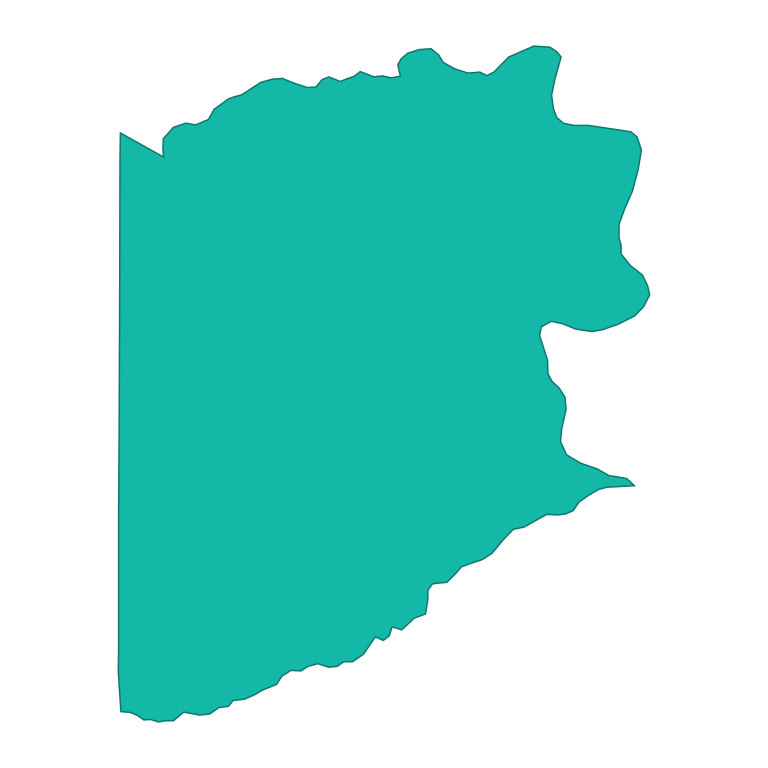 Sertanópolis, Paraná, Brazil (Albers equal-area conic projection)
{"feature_id": "56859067B4659320217934", "entity_name": "Sertanópolis", "entity_type": "district", "adm_level": 2, "iso_a3": "BRA", "parent_name": "Brazil", "parent_adm1": "Paraná", "projection": "albers", "projection_center": [-51.041, -23.067], "detail": "fine", "context": "isolated", "style": "filled", "palette": "teal", "viewbox_px": 768, "rotation_deg": 0, "n_neighbors": 0, "source": "geoboundaries", "source_scale": "gbopen_adm2", "svg_char_len": 1989}
<svg xmlns="http://www.w3.org/2000/svg" viewBox="0 0 768 768"><path d="M118.6,513.0L118.6,648.4L118.3,671.8L120.9,711.6L130.4,712.4L137.6,715.5L143.8,719.9L150.6,719.5L158.5,721.9L165.9,720.7L173.5,720.7L183.7,712.1L199.7,715.1L209.9,713.9L218.8,707.6L228.4,706.3L233.1,700.5L244.4,699.2L254.9,694.6L261.4,690.6L276.6,684.3L281.7,676.3L290.8,670.4L301.0,670.9L307.9,666.4L317.9,663.7L328.8,667.2L337.2,666.4L343.7,661.8L352.5,661.7L363.4,654.3L375.4,636.9L383.3,640.4L389.2,635.9L392.1,626.9L401.8,629.8L414.1,618.2L425.5,613.9L427.7,600.4L428.0,589.9L432.4,583.9L439.3,583.0L446.8,582.4L456.3,572.9L461.4,566.8L471.9,563.0L482.5,559.5L492.3,553.0L503.2,539.8L508.3,534.5L513.4,529.3L524.3,527.0L537.3,519.6L546.8,514.4L558.1,514.9L565.7,513.9L573.2,510.6L579.0,502.1L587.8,495.8L598.3,489.5L607.1,487.2L622.1,486.4L634.3,485.7L626.8,478.6L617.3,476.9L608.9,475.6L597.3,469.0L580.6,463.2L566.5,454.8L560.5,441.5L561.8,428.4L566.1,409.3L564.9,397.1L559.1,388.0L551.9,381.3L548.0,373.7L547.5,360.0L539.6,335.6L541.3,326.8L551.5,321.3L562.4,323.7L575.9,329.1L592.0,331.6L602.9,329.6L618.5,324.1L634.8,315.8L643.6,306.7L649.7,294.8L647.6,285.8L642.5,275.1L630.4,265.6L621.1,253.9L621.1,245.1L619.0,237.9L619.0,224.2L624.7,208.8L632.3,191.4L638.1,170.0L641.4,149.9L637.0,136.9L630.9,131.8L588.4,125.4L574.3,125.4L563.6,123.3L556.7,117.5L553.4,108.7L551.6,95.3L554.9,79.2L561.1,57.0L556.7,51.6L549.9,47.2L533.9,46.1L508.7,57.0L493.9,72.1L486.8,75.6L479.8,72.1L468.0,73.1L454.7,68.8L443.3,62.5L438.7,55.0L431.0,48.7L419.2,49.6L408.0,53.1L401.4,58.5L397.8,64.8L400.4,76.1L391.3,77.9L382.5,75.9L373.7,76.8L360.3,71.6L353.9,76.4L347.0,78.8L340.3,81.5L328.8,76.9L322.2,79.6L315.9,87.0L307.0,87.5L294.2,83.2L282.2,78.4L272.3,79.2L260.7,82.4L251.3,88.6L241.5,94.9L234.9,96.6L228.4,98.9L214.2,109.2L208.4,119.5L195.6,124.9L185.9,123.1L173.4,127.4L163.3,138.8L162.9,148.8L163.6,157.1L120.4,133.0L120.0,159.2L119.7,287.5L119.1,441.1L118.6,513.0Z" fill="#14b8a6" stroke="#0f766e" stroke-width="1.5"/></svg>